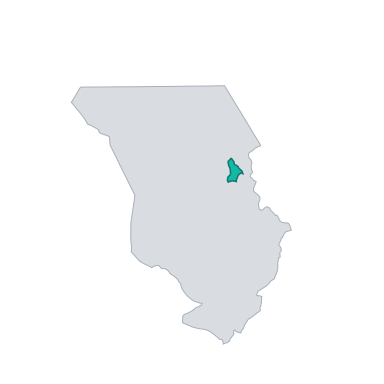 Mégri, Wadi Fira, Chad (highlighted), rotated 329°
{"feature_id": "50815135B12471481376218", "entity_name": "Mégri", "entity_type": "district", "adm_level": 2, "iso_a3": "TCD", "parent_name": "Chad", "parent_adm1": "Wadi Fira", "projection": "natural_earth1", "projection_center": [21.641, 15.331], "detail": "fine", "context": "in_parent", "style": "filled", "palette": "teal", "viewbox_px": 384, "rotation_deg": 329, "n_neighbors": 0, "source": "geoboundaries", "source_scale": "gbopen_adm2", "svg_char_len": 4395}
<svg xmlns="http://www.w3.org/2000/svg" viewBox="0 0 384 384"><g transform="rotate(329 192 192)"><path d="M274.6,117.7L274.6,125.9L274.7,134.2L274.7,142.4L274.8,150.7L274.8,158.9L274.8,167.1L274.8,175.4L274.9,183.6L274.9,186.3L274.7,187.4L274.6,187.5L274.3,187.7L270.6,187.0L268.9,186.9L266.6,187.5L263.3,187.8L261.1,187.7L259.6,189.2L258.4,190.9L259.0,195.0L258.8,196.3L258.4,197.7L257.4,198.9L256.3,199.9L255.7,200.7L255.0,202.6L254.4,203.4L254.5,204.6L254.3,205.8L253.7,206.5L252.1,206.9L251.1,207.5L250.3,208.4L249.7,209.0L250.0,209.8L250.4,211.0L250.7,212.8L250.8,213.9L251.6,214.8L252.1,215.4L252.2,216.2L251.8,216.8L249.9,218.1L249.1,218.6L248.2,219.3L247.9,219.5L246.5,220.8L245.8,221.9L245.4,222.8L245.4,224.1L246.2,226.0L246.9,227.7L247.2,228.9L247.4,230.2L247.3,231.5L246.9,232.6L246.2,233.6L243.6,235.5L242.3,237.6L241.3,240.1L241.0,241.4L241.3,242.3L241.8,243.1L242.6,243.5L243.8,243.6L245.7,243.2L247.4,242.9L249.3,243.8L250.3,245.9L249.9,247.5L250.6,250.3L251.3,253.6L251.2,254.8L251.5,255.2L252.7,255.4L252.9,256.2L252.5,262.1L253.1,263.7L253.9,264.9L254.8,265.5L255.7,266.3L256.1,266.9L257.2,267.0L258.3,268.1L258.7,269.5L258.6,270.9L257.9,273.9L257.4,275.9L256.7,275.8L255.3,275.3L253.6,274.8L251.6,274.5L249.6,275.3L247.5,276.4L246.8,277.2L246.2,277.6L245.3,277.6L244.4,277.7L244.0,278.4L243.2,279.3L240.2,281.0L239.5,281.6L239.1,282.3L239.1,282.9L239.4,284.3L239.4,286.1L238.7,287.5L238.0,288.4L237.1,288.8L236.3,289.0L235.8,289.6L234.2,292.8L233.5,293.4L232.1,293.3L228.1,298.1L227.7,299.5L226.2,301.5L224.4,303.8L222.7,304.9L222.6,305.3L222.1,305.7L221.1,306.2L217.5,308.9L213.3,308.8L211.4,309.9L209.5,310.3L206.8,310.9L206.0,310.8L202.6,311.0L198.6,311.0L197.0,311.3L195.6,312.4L194.5,313.3L194.3,313.6L194.5,314.0L194.5,314.3L197.3,316.5L198.0,317.6L197.3,318.6L196.9,318.8L196.4,319.7L194.8,322.2L192.2,325.2L190.9,326.0L190.4,326.6L189.8,328.5L189.3,328.8L187.6,329.1L184.2,329.3L179.4,329.9L176.6,330.1L174.8,330.0L172.3,331.3L171.4,331.7L170.9,331.8L168.4,333.1L166.4,335.1L165.7,335.5L162.8,336.4L161.6,337.8L161.1,337.9L159.3,336.1L158.0,334.4L157.4,332.7L157.3,332.1L157.0,332.2L156.0,333.0L155.1,333.8L154.7,335.5L151.7,336.6L149.1,337.5L148.0,338.7L146.2,339.3L143.9,339.1L142.1,338.6L140.4,338.4L141.2,336.9L141.6,335.8L141.7,334.5L141.5,333.6L140.5,333.1L139.8,332.4L138.4,328.1L136.9,323.7L134.7,319.4L132.4,316.6L130.7,315.0L130.2,314.7L129.3,314.2L128.7,313.7L125.6,310.8L122.4,307.5L121.5,306.0L119.9,303.8L118.2,301.5L117.2,300.4L116.8,298.5L118.1,296.8L119.4,294.6L121.0,293.2L123.2,293.1L126.6,293.7L130.4,293.9L134.1,293.5L135.1,293.2L136.1,293.2L138.1,293.7L141.6,293.6L143.4,292.7L141.4,291.2L139.4,288.8L137.4,286.3L136.2,283.9L135.2,280.9L134.2,277.2L133.6,272.3L133.7,269.6L134.0,267.6L135.1,264.5L134.4,262.6L134.6,261.1L134.5,258.8L134.2,257.7L132.8,254.0L132.6,253.6L131.4,251.0L130.9,246.7L129.5,243.9L127.4,242.6L126.1,240.9L125.7,237.9L124.9,237.2L121.5,236.1L118.6,236.1L116.6,232.8L113.9,228.6L111.5,224.6L110.0,216.7L109.1,212.1L110.2,210.7L112.2,207.5L114.9,201.3L120.8,191.8L123.8,186.9L129.8,179.6L137.2,170.6L141.4,165.5L142.1,156.3L142.9,146.5L143.5,139.1L144.2,130.4L144.9,123.1L145.3,117.7L145.9,110.2L146.4,108.7L149.4,102.8L149.6,102.0L149.1,101.0L145.0,96.0L143.8,94.8L143.1,92.2L144.2,90.8L139.4,82.3L138.2,81.3L137.6,80.2L137.6,78.7L137.6,72.9L136.4,63.7L134.8,53.0L140.6,50.0L144.9,47.6L150.5,44.7L155.6,47.7L163.0,52.1L170.4,56.5L177.8,60.8L185.2,65.2L192.6,69.6L200.0,74.0L207.4,78.3L214.9,82.7L222.3,87.1L229.8,91.5L237.2,95.8L244.7,100.2L252.2,104.6L259.6,109.0L267.1,113.3L274.6,117.7Z" fill="#d9dde1" stroke="#a8b0b8" stroke-width="1"/><path d="M235.4,205.9L235.8,204.8L236.7,204.2L237.6,203.5L238.3,202.9L238.8,202.5L239.4,202.0L240.2,201.4L241.7,201.2L242.5,201.0L244.1,201.1L245.0,202.5L245.5,200.7L245.5,199.1L244.9,197.3L244.3,196.0L244.5,194.6L244.5,193.4L243.8,192.1L242.9,190.9L242.7,190.2L242.7,189.7L243.0,188.7L243.5,187.8L243.3,186.7L243.2,184.2L242.8,183.3L242.7,183.3L241.7,183.6L240.1,184.1L239.0,184.3L238.8,184.3L238.1,185.4L237.8,186.3L237.3,187.4L237.0,189.1L236.9,189.7L236.9,190.2L236.9,190.8L236.4,192.3L235.6,193.9L235.0,195.3L234.3,196.2L233.8,196.7L233.1,197.2L232.0,197.4L231.0,197.4L229.7,198.6L229.0,199.4L228.5,200.0L228.2,201.2L228.1,202.2L229.3,202.3L230.5,202.7L231.8,203.0L233.1,203.8L234.2,204.6L234.9,205.5L235.4,205.9Z" fill="#14b8a6" stroke="#0f766e" stroke-width="1.5"/></g></svg>